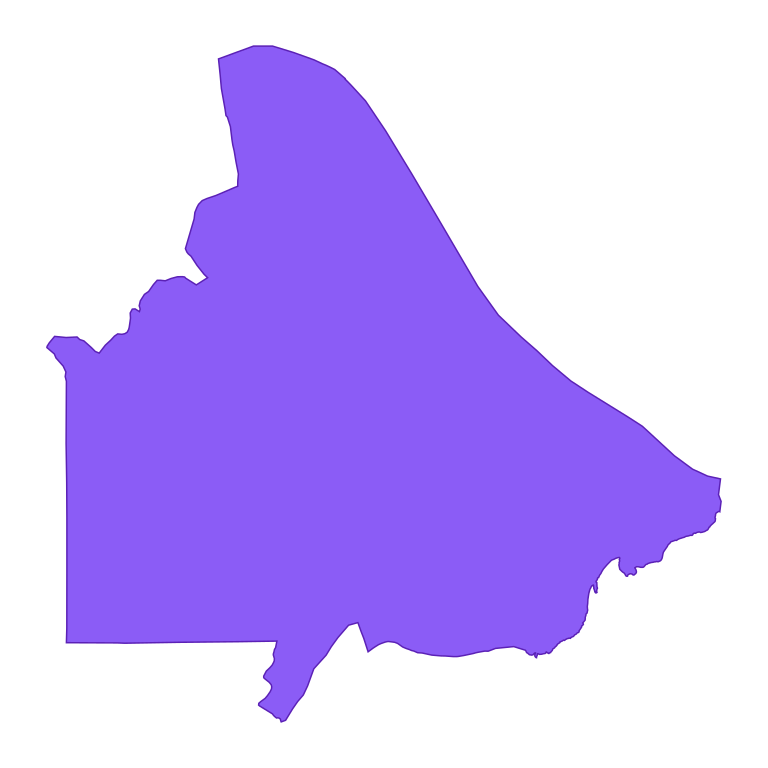 San Cristóbal, Bolívar, Colombia
{"feature_id": "7082276B17272227994526", "entity_name": "San Cristóbal", "entity_type": "district", "adm_level": 2, "iso_a3": "COL", "parent_name": "Colombia", "parent_adm1": "Bolívar", "projection": "natural_earth1", "projection_center": [-75.055, 10.374], "detail": "fine", "context": "isolated", "style": "filled", "palette": "violet", "viewbox_px": 768, "rotation_deg": 0, "n_neighbors": 0, "source": "geoboundaries", "source_scale": "gbopen_adm2", "svg_char_len": 6057}
<svg xmlns="http://www.w3.org/2000/svg" viewBox="0 0 768 768"><path d="M334.7,69.5L330.4,67.3L325.9,65.2L322.2,63.7L314.1,59.9L293.5,52.5L272.6,46.1L253.4,46.1L218.5,58.9L220.2,75.2L221.4,88.6L225.0,108.8L226.0,115.6L227.4,117.1L230.4,126.6L232.0,139.9L232.8,145.0L234.2,151.0L236.0,161.8L238.4,174.0L237.8,180.9L237.7,186.3L234.8,187.4L215.9,195.5L207.0,198.5L202.2,200.6L198.6,204.3L196.9,207.5L194.9,212.4L194.1,219.0L185.4,248.7L186.9,252.1L188.3,253.9L191.0,256.2L197.1,265.5L204.0,274.2L207.6,277.7L196.3,284.9L185.7,278.2L184.6,277.0L182.8,276.7L180.2,276.7L177.3,276.8L171.0,278.5L165.3,280.8L160.5,280.3L157.2,280.3L153.5,284.5L148.6,291.5L144.4,294.4L140.3,300.9L139.2,305.8L140.2,309.1L139.4,311.6L135.1,308.9L132.3,309.1L130.2,313.0L130.5,318.1L130.1,321.2L129.2,327.4L128.6,329.5L127.2,332.2L124.8,333.7L121.9,334.3L117.7,333.9L114.5,336.1L110.7,340.2L105.3,345.2L99.2,353.1L95.3,351.5L91.3,347.5L83.9,340.9L79.7,339.5L77.1,337.0L66.1,337.5L54.6,336.4L49.3,342.8L47.1,346.3L46.9,347.6L51.6,351.6L54.3,353.9L56.0,358.0L63.2,366.1L65.9,372.0L65.2,376.6L66.4,381.3L66.1,443.5L66.7,482.6L66.9,518.2L66.9,570.9L66.8,628.1L66.4,642.7L116.9,642.9L124.7,643.2L178.7,642.3L237.9,641.7L276.9,641.1L275.6,647.6L274.5,649.4L274.0,651.7L273.4,653.7L273.3,654.9L274.4,658.6L274.2,661.0L273.4,662.8L272.1,665.2L269.7,667.9L266.3,671.1L263.7,676.1L263.7,677.4L264.2,678.3L269.1,682.2L271.2,684.7L271.7,686.7L271.5,688.9L270.1,691.8L267.4,695.7L265.1,698.4L260.7,701.6L258.8,703.3L258.6,705.1L259.8,706.1L272.5,713.9L273.3,715.1L274.5,716.4L276.5,718.0L277.7,717.8L278.9,718.0L280.4,719.1L280.7,720.6L281.2,721.9L285.6,720.3L292.5,709.0L297.7,701.5L303.3,695.0L307.6,685.9L313.8,668.8L326.1,655.2L331.3,646.7L337.9,637.6L348.6,625.2L357.9,622.6L361.1,631.5L363.8,638.4L368.1,651.8L373.0,648.2L375.1,646.8L378.6,644.6L381.4,643.4L385.1,642.1L387.2,641.6L388.5,641.5L391.8,641.9L394.7,642.3L397.6,643.4L402.7,647.0L406.2,648.5L409.5,649.6L411.5,650.5L413.7,651.0L417.6,652.7L422.1,653.0L431.8,655.1L441.1,655.9L445.3,656.0L453.5,656.6L456.2,656.6L457.9,656.5L463.8,655.5L473.3,653.5L475.7,652.8L478.5,652.2L481.4,651.7L484.8,651.1L488.2,651.2L495.5,648.4L513.8,646.6L525.3,650.2L526.0,651.1L526.3,652.0L526.9,652.8L527.6,653.1L529.4,654.7L531.7,655.1L533.0,654.8L534.1,653.5L535.0,652.9L535.5,652.9L535.5,653.4L534.9,654.1L534.9,654.3L534.8,655.9L535.4,657.0L536.1,657.6L536.5,657.7L536.6,656.7L537.2,655.4L537.2,654.9L537.5,654.4L537.6,653.7L538.2,653.7L539.4,654.4L541.7,654.2L543.6,653.7L545.1,653.5L545.7,653.0L546.1,652.1L546.6,652.0L547.2,652.7L547.9,652.8L548.2,653.3L548.9,653.5L549.4,653.0L549.8,652.7L550.6,652.6L551.1,651.6L551.8,651.0L552.3,650.4L552.6,649.5L553.0,648.8L554.5,647.9L555.0,647.1L556.2,646.1L557.0,645.2L557.1,644.6L558.0,643.8L559.9,642.6L559.9,642.0L562.5,640.9L563.0,640.4L563.4,640.3L563.9,640.1L564.5,640.4L565.3,639.8L565.7,639.4L566.9,638.9L567.1,638.6L568.0,638.5L568.8,638.3L569.0,638.1L570.5,638.3L570.7,637.7L571.5,637.3L571.9,637.0L573.3,636.5L574.0,635.8L574.6,634.9L576.0,634.2L576.5,633.8L577.1,633.0L577.5,632.7L578.2,632.6L578.7,632.3L579.1,631.7L579.1,630.8L581.0,628.1L581.1,627.6L581.6,627.1L581.6,626.0L582.6,625.4L582.8,625.0L583.2,624.6L583.4,624.3L583.1,623.4L582.7,623.0L584.5,620.9L585.2,619.9L585.1,619.3L585.3,618.4L585.2,617.5L585.9,615.4L586.0,614.1L586.6,613.4L587.1,613.0L587.2,612.2L587.7,610.0L587.5,609.1L587.3,606.5L587.7,603.6L587.9,599.4L588.8,593.5L589.9,589.4L590.8,587.8L591.2,586.8L591.6,586.1L592.7,585.3L593.3,585.1L593.5,585.5L593.5,586.2L593.7,587.1L593.9,588.0L593.8,588.7L594.3,589.5L594.5,590.5L594.8,591.7L595.2,592.4L595.7,592.9L596.2,592.9L596.9,592.5L597.0,592.3L596.1,592.2L596.0,591.4L596.6,590.9L596.9,590.0L596.9,589.2L597.4,588.5L597.4,587.9L597.0,586.8L596.8,582.5L596.0,581.9L596.2,581.0L597.2,579.8L597.4,579.2L597.5,578.2L598.0,577.6L598.6,577.6L599.0,576.6L599.6,575.2L600.9,573.5L601.8,571.6L603.4,569.0L607.2,564.6L611.4,560.3L612.7,559.7L614.1,559.2L615.8,558.3L618.0,557.6L619.5,557.5L619.7,557.8L619.8,558.7L619.3,559.4L619.6,560.5L619.6,561.3L619.1,562.4L619.2,563.5L618.9,565.0L619.6,568.4L619.8,569.3L621.7,571.2L622.7,572.1L624.0,572.9L625.1,574.3L625.7,575.6L626.4,576.2L627.4,576.2L627.5,576.2L627.7,575.4L628.2,574.6L629.7,573.9L630.1,573.7L630.5,573.8L631.5,573.9L632.4,574.3L632.8,574.8L633.3,575.0L633.6,575.0L634.0,575.0L634.2,574.8L634.9,574.2L635.7,573.6L636.0,573.1L636.3,572.6L636.4,572.0L636.4,571.5L636.1,570.2L635.7,569.2L634.9,568.1L634.8,567.8L636.6,566.7L637.1,566.7L638.6,566.8L640.6,567.3L642.8,567.3L643.5,567.1L644.0,566.7L645.6,564.8L646.1,564.4L647.1,564.2L648.1,563.4L648.4,563.4L648.9,563.3L649.4,562.9L650.1,562.9L650.4,562.7L651.5,562.5L652.9,562.3L653.4,562.2L654.3,561.9L654.9,561.9L655.7,561.8L656.6,561.5L657.5,561.7L658.4,561.7L660.4,560.8L661.1,560.1L661.7,559.1L662.2,557.9L663.0,553.6L663.4,552.3L663.7,551.7L666.5,547.6L667.3,546.5L667.8,545.3L668.6,544.3L669.7,543.4L670.1,542.9L670.9,541.8L674.2,540.7L674.7,540.4L675.1,540.3L676.0,540.4L676.5,540.4L677.0,540.1L677.4,539.7L678.1,539.3L679.7,538.6L680.8,538.3L682.9,537.6L683.9,537.4L684.8,537.0L685.4,536.6L686.2,536.3L688.2,536.0L689.8,535.5L690.5,535.3L691.3,535.3L691.9,535.4L692.4,535.1L692.9,534.6L693.1,533.8L693.4,533.5L694.0,533.3L694.4,533.2L694.9,533.1L695.4,533.3L696.1,533.0L696.5,532.6L697.2,532.3L697.7,532.3L698.8,532.0L699.5,532.0L700.5,532.5L701.9,532.3L703.3,531.9L704.7,531.5L705.2,531.2L706.3,530.5L707.4,530.0L707.9,529.5L708.4,528.7L708.9,527.6L709.2,527.1L709.7,527.0L710.2,526.1L711.6,524.6L712.6,523.8L713.6,522.8L714.6,521.9L714.9,521.6L715.1,521.3L715.3,520.4L715.5,518.6L715.4,518.3L715.0,517.9L715.0,517.6L715.2,516.6L715.5,515.8L715.5,514.8L715.9,513.4L716.3,512.9L718.2,511.7L718.8,511.4L719.2,511.3L719.8,511.7L721.1,501.4L718.5,494.7L720.5,478.9L707.6,476.1L692.6,469.2L674.4,455.8L642.4,426.3L628.3,417.2L588.1,392.3L570.9,381.0L552.4,365.5L536.9,350.7L521.2,337.0L498.4,315.2L477.8,286.4L438.9,219.9L412.2,174.6L385.6,130.8L365.5,100.9L350.9,85.0L345.0,79.0L345.2,78.6L334.7,69.5Z" fill="#8b5cf6" stroke="#5b21b6" stroke-width="1.5"/></svg>